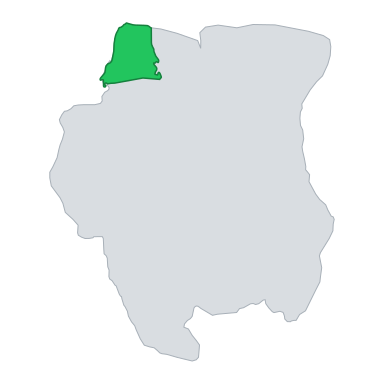 location of Nickerie within Suriname
{"feature_id": "SUR-37", "entity_name": "Nickerie", "entity_type": "District", "adm_level": 1, "iso_a3": "SUR", "parent_name": "Suriname", "parent_adm1": "", "projection": "natural_earth1", "projection_center": [-56.858, 5.617], "detail": "fine", "context": "in_parent", "style": "filled", "palette": "green", "viewbox_px": 384, "rotation_deg": 0, "n_neighbors": 0, "source": "natural_earth", "source_scale": "10m", "svg_char_len": 3716}
<svg xmlns="http://www.w3.org/2000/svg" viewBox="0 0 384 384"><path d="M322.5,75.9L316.6,81.7L310.2,89.9L301.8,103.9L302.2,108.4L300.4,112.0L299.9,118.3L300.5,125.4L302.7,130.0L303.7,138.8L302.0,146.8L302.7,151.4L304.4,158.7L305.8,166.5L305.6,169.7L307.7,172.2L309.6,174.7L309.0,181.7L315.7,194.1L319.7,199.5L325.7,204.8L327.8,209.9L331.2,216.1L333.2,216.9L334.2,219.4L333.2,224.1L332.9,230.8L329.2,238.5L320.4,252.7L319.4,255.9L321.7,267.7L320.4,277.3L319.9,281.9L315.6,290.3L305.5,310.8L299.6,314.5L296.1,320.4L293.8,320.4L291.3,321.0L290.5,321.7L287.3,321.6L284.8,319.0L284.4,315.9L283.1,312.4L279.9,311.3L274.0,312.6L272.3,311.7L268.8,307.9L265.8,303.7L265.1,299.7L263.2,300.1L258.7,303.7L255.6,304.5L253.2,303.5L250.5,303.8L243.6,307.7L239.5,308.6L236.6,312.5L217.5,314.2L212.5,315.3L201.0,308.5L198.1,306.3L196.6,306.0L195.3,306.4L194.0,307.9L192.2,316.3L190.4,318.6L187.4,320.5L184.5,323.9L183.9,327.2L188.4,329.0L192.2,335.4L196.3,340.5L199.5,345.0L199.1,350.1L198.5,357.3L196.2,359.8L192.2,361.0L177.7,357.5L166.6,354.3L161.9,353.7L159.8,352.9L157.0,350.2L154.2,347.8L149.7,346.9L144.3,345.2L140.3,338.9L136.2,329.8L134.7,325.7L131.5,321.8L128.4,316.1L127.4,311.2L125.0,306.6L123.8,305.1L121.9,298.8L121.5,296.5L120.6,296.2L119.3,294.2L116.8,287.6L116.2,285.9L115.1,285.3L112.1,280.7L109.7,279.0L108.9,276.6L109.1,270.1L107.8,266.9L107.4,260.8L107.3,258.3L106.1,255.6L104.1,253.8L103.8,249.4L103.3,238.5L102.3,236.6L93.8,236.7L92.9,237.8L89.2,238.4L85.1,238.5L81.4,237.1L78.3,235.2L77.6,232.8L78.1,225.2L73.1,219.5L65.3,212.4L62.9,203.3L60.0,197.7L51.3,185.9L49.8,177.9L49.8,172.2L52.8,166.9L57.1,157.7L58.9,149.4L60.1,145.0L62.4,139.3L64.4,131.9L62.8,127.4L60.2,122.9L59.4,119.6L61.9,114.7L64.4,111.3L67.3,110.8L71.0,108.7L73.8,105.8L78.2,105.0L83.6,104.7L94.7,104.7L100.4,103.4L102.2,101.0L101.9,96.5L104.7,92.3L107.7,90.6L108.9,89.2L109.1,87.7L108.3,86.3L107.1,85.4L104.0,85.0L101.3,77.9L103.1,74.7L105.6,69.0L106.2,65.7L109.9,60.6L110.8,62.2L113.7,52.9L114.1,45.3L116.3,37.8L119.6,29.0L125.7,24.6L160.9,29.0L177.0,33.3L197.7,40.6L200.7,48.4L200.8,40.6L199.8,32.7L205.5,27.1L218.1,25.1L236.9,27.8L253.1,24.5L275.1,24.9L308.5,31.3L323.4,35.6L329.6,39.6L330.8,46.6L330.2,55.7L327.8,64.3L322.5,75.9Z" fill="#d9dde1" stroke="#a8b0b8" stroke-width="1"/><path d="M100.4,80.1L100.1,79.4L100.3,78.5L100.9,77.6L104.3,73.6L105.0,72.3L105.3,70.4L105.4,68.7L105.6,67.4L106.2,65.7L107.2,64.6L107.8,63.9L110.1,62.9L111.0,62.0L111.7,61.0L112.1,59.9L113.8,51.1L114.1,43.4L114.6,40.7L114.8,38.7L115.6,35.4L116.4,33.2L118.3,29.7L118.6,28.7L119.0,28.0L119.5,27.6L121.1,27.2L121.6,26.9L122.0,26.5L122.4,26.3L122.7,26.1L123.6,25.0L124.0,24.6L124.6,24.3L125.3,24.1L126.1,23.2L126.6,23.0L128.5,23.6L132.9,24.8L135.4,25.1L138.9,25.2L144.4,25.4L147.4,25.6L148.6,26.1L150.7,27.7L151.3,28.0L151.3,28.8L151.4,42.3L151.6,44.4L152.7,47.1L153.5,48.5L153.8,49.2L153.9,51.1L154.1,51.9L155.8,56.1L158.4,59.6L158.6,60.2L158.7,61.0L158.5,62.0L158.3,62.4L158.0,62.5L157.1,61.9L156.7,61.7L156.2,61.8L155.8,62.2L155.5,62.7L155.1,63.0L154.6,63.1L154.1,63.0L153.8,63.0L153.7,63.5L153.9,64.4L156.2,67.1L156.6,67.8L156.8,68.5L156.7,69.7L156.4,70.5L156.0,71.0L155.7,71.4L155.4,71.9L155.3,72.8L155.0,73.3L154.9,73.8L155.0,74.2L155.4,74.4L156.6,74.7L157.2,75.0L157.6,74.8L157.8,74.4L158.0,73.2L158.3,72.7L158.6,72.4L159.0,72.4L159.4,72.6L160.0,73.5L160.4,74.4L160.9,75.7L161.2,76.5L161.3,77.3L160.9,78.0L160.4,78.4L159.7,79.4L142.9,78.0L114.8,83.1L110.7,83.3L107.3,83.9L107.2,83.8L106.9,83.3L106.2,83.0L105.4,83.1L104.9,83.5L104.7,84.2L105.1,85.0L105.8,86.0L105.6,86.5L105.2,86.9L104.6,87.0L103.9,86.8L103.6,86.3L103.5,85.7L103.4,80.0L103.1,79.8L102.7,79.8L102.0,79.6L101.0,80.1L100.4,80.1Z" fill="#22c55e" stroke="#15803d" stroke-width="1.5"/></svg>